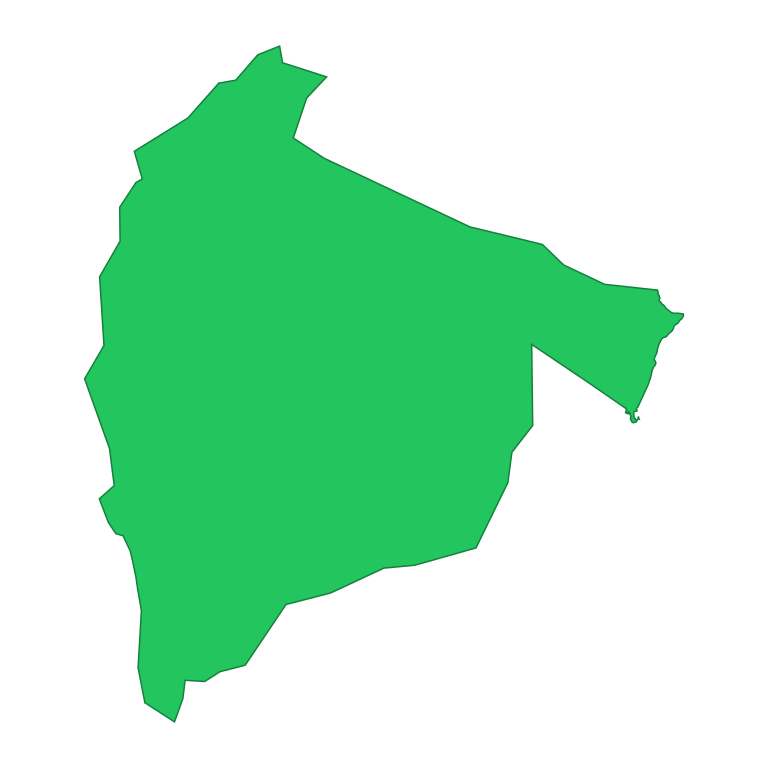 the district of Tarialan, Hövsgöl, Mongolia
{"feature_id": "93677404B32165000008525", "entity_name": "Tarialan", "entity_type": "district", "adm_level": 2, "iso_a3": "MNG", "parent_name": "Mongolia", "parent_adm1": "Hövsgöl", "projection": "orthographic", "projection_center": [102.556, 49.659], "detail": "fine", "context": "isolated", "style": "filled", "palette": "green", "viewbox_px": 768, "rotation_deg": 0, "n_neighbors": 0, "source": "geoboundaries", "source_scale": "gbopen_adm2", "svg_char_len": 5088}
<svg xmlns="http://www.w3.org/2000/svg" viewBox="0 0 768 768"><path d="M383.5,568.3L383.9,568.1L384.0,568.1L414.4,565.3L414.5,565.3L476.0,547.9L507.9,482.6L511.9,452.3L532.7,425.5L531.7,344.4L588.4,382.6L588.7,382.8L625.2,408.0L625.2,407.9L625.3,407.8L625.7,407.9L625.9,408.0L625.9,408.3L625.9,408.7L625.9,408.8L626.4,409.3L626.7,409.7L626.8,410.1L626.7,410.4L626.4,410.7L626.1,410.8L626.0,411.0L626.1,411.3L626.0,411.6L625.8,411.9L625.6,412.0L625.5,412.3L625.6,412.6L625.9,412.8L626.3,413.1L626.7,413.3L627.1,413.6L627.5,413.7L627.8,413.6L628.1,413.4L628.1,413.1L627.9,412.8L627.9,412.5L628.1,412.3L628.3,412.1L628.5,412.1L629.1,412.2L629.3,412.4L629.4,412.6L629.5,412.9L629.3,413.2L629.1,413.4L628.7,413.5L628.8,413.7L629.1,413.8L629.4,413.8L629.6,413.8L629.9,414.0L630.2,414.4L630.4,415.1L630.5,415.6L630.6,415.9L630.7,416.4L630.7,417.1L630.6,417.7L630.5,418.5L630.5,419.1L630.6,419.4L630.7,419.7L630.9,420.1L631.3,420.5L631.5,420.8L631.7,421.6L631.8,421.9L632.2,422.3L632.9,422.6L633.5,422.7L634.0,422.6L634.4,422.5L634.7,422.3L635.1,422.2L635.6,422.1L636.0,422.0L636.3,421.8L636.4,421.5L636.6,421.1L636.8,420.7L637.1,420.3L637.4,419.9L637.8,419.7L638.2,419.4L638.6,419.3L639.0,419.3L639.3,419.1L639.2,419.0L638.9,418.9L638.7,418.7L638.7,418.2L638.7,417.7L638.6,417.2L638.4,417.0L638.2,417.2L638.2,417.4L638.2,417.7L638.3,417.8L638.4,418.1L638.2,418.5L637.9,419.0L637.6,419.4L637.3,419.7L637.1,419.8L636.4,419.9L636.0,419.8L635.8,419.7L635.5,419.3L635.3,418.8L634.9,418.3L634.7,418.1L634.4,417.8L634.2,417.2L634.0,416.8L633.9,416.1L633.9,415.2L633.8,414.2L633.8,413.3L633.8,412.5L633.9,412.1L634.2,411.7L634.4,411.5L634.8,411.4L635.3,411.3L635.8,411.2L636.4,411.2L636.5,411.2L636.8,411.0L637.0,410.8L637.1,410.5L637.1,410.3L637.0,410.0L636.8,409.7L636.7,409.5L636.6,409.1L636.5,408.6L636.7,408.1L636.9,407.6L637.1,407.3L637.9,407.0L648.1,384.8L649.1,381.9L649.4,380.6L650.2,379.2L650.3,378.8L650.3,378.5L650.5,377.7L650.7,377.0L651.0,375.9L651.1,375.6L651.2,375.3L651.4,373.8L651.5,373.5L651.8,372.2L651.8,371.6L652.0,371.2L652.1,370.6L652.2,370.3L652.5,369.7L652.7,369.0L653.0,368.5L653.2,367.9L653.5,367.4L653.7,366.9L654.0,366.5L654.4,366.0L654.8,365.6L655.2,365.0L655.5,364.3L655.7,363.8L655.8,363.4L655.9,362.9L655.8,362.5L655.5,361.9L655.4,361.4L655.0,360.9L654.8,360.5L654.5,360.0L654.3,359.6L654.3,359.3L654.4,358.8L654.4,358.4L654.5,357.9L654.6,357.6L654.8,357.3L654.9,356.9L655.1,356.5L655.3,356.1L655.5,355.7L655.8,355.1L656.0,354.6L656.3,354.1L656.3,353.9L656.4,353.6L656.5,353.4L656.7,353.2L656.9,352.5L657.0,352.1L657.0,351.8L657.2,351.4L657.3,350.8L657.4,350.2L657.4,349.7L657.7,348.4L657.9,347.6L658.0,347.3L658.0,347.1L658.1,346.9L658.3,346.2L658.5,345.4L658.7,345.0L659.0,344.4L659.3,343.5L659.7,342.7L660.2,341.8L660.6,341.0L661.0,340.3L661.3,339.7L661.6,339.2L661.9,338.8L662.3,338.3L662.7,338.0L663.1,337.8L663.9,337.4L664.5,337.2L664.8,337.2L665.1,337.1L665.3,337.1L665.7,336.9L666.3,336.6L666.7,336.2L667.1,335.8L667.4,335.3L667.7,335.0L668.1,334.4L668.5,333.9L668.8,333.6L669.2,333.3L669.5,333.1L669.9,332.8L670.3,332.4L670.8,332.0L671.4,331.4L671.9,331.0L672.1,330.8L672.4,330.3L672.8,329.7L672.9,329.4L673.2,328.9L673.5,328.3L673.6,327.7L673.8,327.1L673.9,326.7L674.2,326.2L674.4,325.7L674.7,325.3L675.1,324.9L675.4,324.8L675.9,324.5L676.5,324.1L677.1,323.7L677.7,323.3L678.2,322.9L678.4,322.5L678.7,322.0L678.9,321.6L679.0,321.4L679.1,321.1L679.3,320.9L679.7,320.6L680.2,320.0L680.7,319.6L681.0,319.4L681.4,319.1L681.8,318.7L682.2,318.1L682.5,317.6L682.8,317.0L683.1,316.6L683.4,316.0L683.5,315.4L683.4,314.8L683.2,313.9L682.5,313.8L682.1,313.8L681.8,313.8L681.2,313.6L680.7,313.6L679.9,313.5L678.8,313.3L678.3,313.2L677.4,313.2L675.9,313.2L674.4,313.2L673.3,313.1L672.4,312.9L671.8,312.6L671.5,312.5L671.2,312.4L670.3,311.7L669.6,311.2L668.9,310.6L668.4,310.1L667.8,309.7L667.4,309.5L666.9,309.0L666.4,308.7L665.8,308.1L665.6,307.7L665.3,307.3L665.0,306.8L664.7,306.4L664.3,305.8L663.9,305.4L663.6,305.0L663.2,304.8L662.8,304.5L662.3,304.2L661.8,303.8L661.4,303.5L661.3,303.1L661.2,302.9L661.1,302.7L660.9,302.4L660.6,302.0L660.2,301.7L659.8,301.3L659.3,300.8L659.3,300.3L659.2,299.9L659.3,299.6L659.4,299.3L659.6,299.0L659.8,298.6L659.9,298.2L659.7,297.7L659.5,297.3L659.3,296.7L659.3,296.0L659.1,295.6L658.9,295.3L658.6,294.8L658.5,294.6L658.3,294.2L658.2,293.8L658.1,293.4L658.1,292.8L658.1,292.4L658.1,291.9L657.9,291.3L657.4,290.0L657.2,289.9L655.4,289.9L604.5,284.3L563.7,265.0L542.3,244.4L542.2,244.4L469.9,226.9L324.2,158.3L293.3,138.0L306.7,97.9L306.8,97.9L326.6,76.9L282.6,62.8L279.6,46.1L257.8,54.8L235.8,80.1L235.7,80.2L218.8,83.1L187.9,118.0L134.3,151.3L142.3,179.0L136.1,182.3L119.7,207.3L120.1,241.1L99.6,276.8L104.0,345.6L103.9,345.6L84.6,378.8L109.5,448.5L114.2,485.6L99.3,498.8L108.4,522.5L115.9,533.7L123.0,535.7L130.3,551.1L132.9,562.3L135.8,576.5L135.9,576.9L137.9,590.8L138.0,591.0L141.4,610.7L141.4,610.8L138.1,667.2L138.0,667.3L144.9,702.8L145.0,702.8L174.5,721.9L182.9,698.5L185.1,680.3L204.7,681.5L219.8,671.8L220.0,671.7L245.2,665.2L286.0,604.5L330.8,592.9L383.5,568.3Z" fill="#22c55e" stroke="#15803d" stroke-width="1.5"/></svg>